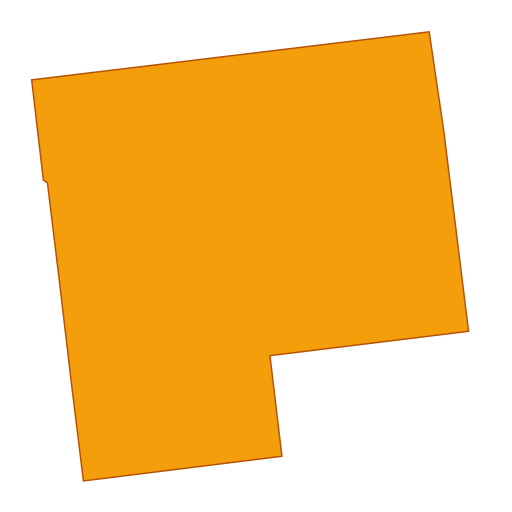 McLeod, Minnesota, United States of America, rotated 353°
{"feature_id": "52423323B8847059572171", "entity_name": "McLeod", "entity_type": "district", "adm_level": 2, "iso_a3": "USA", "parent_name": "United States of America", "parent_adm1": "Minnesota", "projection": "orthographic", "projection_center": [-94.33, 44.805], "detail": "fine", "context": "isolated", "style": "filled", "palette": "amber", "viewbox_px": 512, "rotation_deg": 353, "n_neighbors": 0, "source": "geoboundaries", "source_scale": "gbopen_adm2", "svg_char_len": 317}
<svg xmlns="http://www.w3.org/2000/svg" viewBox="0 0 512 512"><g transform="rotate(353 256 256)"><path d="M54.2,154.9L57.9,157.9L57.8,255.8L57.3,357.3L57.3,458.2L257.3,457.9L257.7,356.6L457.8,356.6L457.6,154.9L455.2,54.6L255.8,54.2L54.8,53.8L54.2,154.9Z" fill="#f59e0b" stroke="#b45309" stroke-width="1.5"/></g></svg>